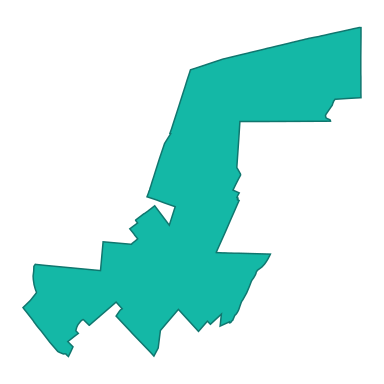 Lehliu Gara, Calarasi, Romania (Albers equal-area conic projection)
{"feature_id": "2599482B17056969376019", "entity_name": "Lehliu Gara", "entity_type": "district", "adm_level": 2, "iso_a3": "ROU", "parent_name": "Romania", "parent_adm1": "Calarasi", "projection": "albers", "projection_center": [26.883, 44.461], "detail": "fine", "context": "isolated", "style": "filled", "palette": "teal", "viewbox_px": 384, "rotation_deg": 0, "n_neighbors": 0, "source": "geoboundaries", "source_scale": "gbopen_adm2", "svg_char_len": 3639}
<svg xmlns="http://www.w3.org/2000/svg" viewBox="0 0 384 384"><path d="M153.9,356.1L158.2,348.0L159.8,335.0L160.4,330.5L168.2,321.3L178.4,309.4L198.5,331.4L207.4,321.2L210.4,324.3L221.4,314.1L220.1,326.1L229.3,321.9L229.2,322.6L229.5,322.9L230.1,322.8L230.9,322.3L231.5,321.4L232.4,320.4L232.7,320.3L234.9,315.2L235.4,314.9L235.8,314.5L236.4,313.8L237.2,312.6L238.1,311.0L238.8,309.5L239.9,306.2L241.2,302.5L241.8,301.2L242.8,299.8L246.6,293.0L249.2,286.9L251.2,281.7L251.8,280.4L253.8,277.6L255.4,274.8L256.0,273.3L256.1,272.4L257.4,270.3L259.6,268.7L261.9,267.0L264.5,264.2L266.2,261.8L268.1,258.7L269.2,256.5L269.5,256.0L269.8,255.4L270.4,254.1L259.0,253.8L238.0,253.2L235.9,253.2L234.8,253.2L233.7,253.2L231.6,253.1L229.6,253.1L227.3,253.0L225.0,252.9L223.9,252.9L222.8,252.9L219.1,252.7L216.3,252.6L216.3,252.1L224.2,234.5L225.8,230.9L231.3,218.2L234.1,211.9L237.1,205.0L238.6,201.6L239.1,200.5L237.6,199.9L238.0,199.1L237.4,198.9L237.8,197.9L236.9,197.5L237.8,195.4L239.2,192.9L233.0,190.1L235.5,184.9L238.6,178.8L240.5,175.3L240.6,174.7L240.5,174.2L240.3,173.6L240.0,173.2L239.1,171.5L237.6,168.9L236.8,167.6L238.8,138.7L239.9,121.5L265.6,121.5L290.8,121.4L330.5,121.2L330.4,120.6L330.1,119.9L328.7,119.2L327.2,118.6L325.9,117.7L325.5,115.4L326.0,114.3L327.9,111.5L331.0,107.0L332.2,105.3L333.0,102.8L333.4,102.0L333.7,101.1L335.1,99.2L336.3,99.2L348.6,98.4L361.0,97.7L360.9,93.1L360.9,84.9L360.9,77.0L360.8,73.8L360.8,56.4L361.0,36.3L361.0,27.6L360.9,27.6L359.3,27.5L356.7,28.1L353.6,28.7L350.8,29.4L348.8,29.8L348.1,30.0L346.6,30.3L343.5,31.0L339.0,32.0L338.9,32.0L334.2,33.0L332.0,33.5L329.7,34.0L324.2,35.3L321.1,35.9L319.3,36.4L319.0,36.5L313.8,37.4L312.8,37.6L310.3,38.1L308.6,38.4L308.0,38.6L307.3,38.8L306.8,38.9L305.9,39.1L305.7,39.1L304.9,39.3L304.0,39.6L303.0,39.8L301.4,40.2L299.9,40.5L298.5,40.9L297.6,41.1L297.1,41.2L296.5,41.4L295.7,41.5L293.9,42.0L293.5,42.1L292.4,42.3L290.2,42.9L288.2,43.4L286.2,43.9L285.1,44.1L283.6,44.5L282.4,44.8L281.0,45.1L280.3,45.3L278.8,45.6L277.6,45.9L276.3,46.2L270.7,47.6L267.3,48.3L264.8,49.0L262.0,49.7L256.5,51.0L249.3,52.7L249.0,52.8L248.4,53.0L242.3,54.4L237.0,55.7L222.8,59.1L222.4,59.3L221.9,59.4L221.6,59.5L219.3,60.3L217.1,61.0L211.1,63.0L191.8,69.4L190.5,69.8L190.4,70.0L189.7,72.3L187.1,80.1L185.2,86.3L184.1,89.7L180.7,100.3L179.0,105.7L172.8,124.9L171.6,128.7L169.9,133.4L170.7,133.7L164.6,143.4L159.5,158.5L155.4,171.4L153.6,177.2L152.5,180.5L151.5,183.7L150.8,186.1L150.2,187.7L149.9,188.7L149.6,190.2L149.1,190.9L148.5,192.9L147.0,196.8L156.4,199.9L164.3,202.9L175.2,206.7L169.3,225.2L154.7,205.8L147.2,211.6L144.4,213.6L143.8,213.8L135.8,219.9L135.6,220.1L135.6,220.3L135.7,220.5L137.6,223.0L129.8,228.8L133.9,233.9L134.6,235.0L134.8,235.3L135.0,235.5L135.4,236.0L137.7,238.8L137.6,239.0L133.3,242.5L132.0,243.5L131.5,244.3L103.1,241.8L100.5,270.6L45.3,265.4L36.6,264.5L35.9,264.5L35.3,264.3L33.9,266.3L33.7,271.2L33.1,276.0L33.3,279.5L33.9,283.4L34.0,284.4L35.0,288.1L35.8,290.6L36.4,291.9L36.4,292.8L34.6,295.1L30.3,300.5L23.0,307.6L23.6,308.4L24.3,309.4L26.2,311.7L33.0,320.4L34.2,322.3L35.4,323.8L36.5,325.4L38.7,328.1L41.1,330.9L48.7,340.8L50.0,342.5L53.9,347.0L57.8,351.5L59.3,352.3L63.4,354.0L64.6,353.8L66.0,354.0L66.4,354.7L68.4,356.5L70.4,352.5L73.0,346.8L67.8,341.6L73.6,337.0L78.3,333.4L75.9,330.8L75.8,330.7L76.4,328.5L76.8,327.1L78.0,324.6L80.9,321.0L82.8,319.6L83.1,319.5L83.3,319.6L83.5,319.7L83.9,320.1L89.2,325.3L89.3,325.3L91.8,323.1L116.1,302.1L122.2,308.8L120.5,309.9L120.1,310.4L119.5,311.1L116.1,316.1L130.5,331.4L132.0,333.1L134.1,335.3L147.6,349.3L150.0,351.8L151.3,353.2L153.9,356.1Z" fill="#14b8a6" stroke="#0f766e" stroke-width="1.5"/></svg>